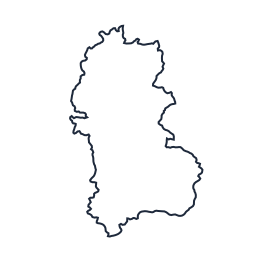 Crisólita, Minas Gerais, Brazil, rotated 75°
{"feature_id": "56859067B35092176760180", "entity_name": "Crisólita", "entity_type": "district", "adm_level": 2, "iso_a3": "BRA", "parent_name": "Brazil", "parent_adm1": "Minas Gerais", "projection": "mercator", "projection_center": [-40.971, -17.242], "detail": "fine", "context": "isolated", "style": "outline", "palette": "slate", "viewbox_px": 256, "rotation_deg": 75, "n_neighbors": 0, "source": "geoboundaries", "source_scale": "gbopen_adm2", "svg_char_len": 5151}
<svg xmlns="http://www.w3.org/2000/svg" viewBox="0 0 256 256"><g transform="rotate(75 128 128)"><path d="M63.5,75.1L62.2,75.7L61.1,76.9L60.9,79.0L59.0,78.7L58.0,77.1L56.8,76.6L55.0,76.6L53.1,76.7L51.6,76.9L51.5,79.1L52.3,80.5L53.2,81.8L52.4,83.0L52.4,84.4L52.2,85.9L52.0,87.7L51.9,89.5L51.7,91.0L51.1,92.6L50.0,94.1L49.0,96.4L47.5,96.5L46.7,95.4L45.5,94.5L44.3,95.6L44.4,97.0L45.4,98.2L45.8,99.9L46.6,101.0L47.0,103.0L46.6,105.1L46.0,107.7L44.9,109.8L43.6,108.9L42.7,107.8L41.2,107.7L40.0,108.9L38.6,109.3L36.6,108.9L35.0,107.9L32.9,107.7L31.6,107.6L30.0,107.2L28.0,106.3L27.8,107.8L28.2,109.4L28.8,110.7L30.0,111.6L32.0,111.9L31.8,113.4L30.3,114.4L28.2,114.7L27.9,116.3L28.6,117.8L29.2,119.7L30.7,121.0L31.9,121.6L32.3,123.3L31.5,125.2L29.3,126.5L28.1,127.7L28.0,129.2L28.5,130.6L29.5,131.4L30.8,131.2L32.0,130.1L33.5,129.5L35.4,128.9L37.1,129.3L38.2,130.6L38.4,131.9L39.0,133.4L38.9,135.1L39.4,136.5L39.6,138.2L40.6,139.7L41.0,141.0L41.8,142.2L41.5,143.5L40.0,144.4L40.7,146.3L42.2,147.2L43.6,148.4L45.0,149.7L46.3,150.7L48.1,150.8L49.6,149.6L50.9,150.1L51.7,151.8L51.5,154.1L51.9,155.6L53.1,156.9L55.2,157.4L56.8,157.6L58.7,157.6L60.5,157.2L62.1,156.0L63.7,155.8L65.2,156.5L65.0,158.4L65.9,160.4L67.9,160.9L69.1,162.0L70.4,162.4L71.7,162.6L72.2,163.9L73.2,165.5L74.1,167.3L75.2,168.3L76.4,168.8L76.8,170.2L77.7,171.5L79.3,172.2L80.9,172.9L82.0,173.6L83.9,174.4L85.7,175.2L87.2,176.0L88.9,175.4L90.2,175.4L91.8,175.3L93.2,174.0L95.1,173.8L96.1,174.6L97.7,174.9L99.1,173.3L99.3,171.3L100.7,170.4L101.1,168.8L101.5,167.3L102.6,165.6L103.9,165.1L105.5,165.8L107.1,164.7L107.3,167.5L106.2,169.1L105.8,171.1L104.7,173.4L104.0,175.2L104.5,177.7L103.1,178.7L101.9,179.3L102.6,181.0L104.0,181.5L105.4,181.1L106.5,180.2L108.3,180.3L109.4,179.7L109.8,178.4L110.6,177.4L112.1,178.0L113.4,179.2L115.3,180.3L116.8,181.4L118.4,182.0L119.5,181.3L119.3,179.5L118.3,177.6L118.5,175.7L120.0,175.2L121.2,175.0L122.3,173.3L123.6,171.9L124.2,170.2L124.1,167.7L125.7,167.2L126.7,168.2L128.1,168.8L130.3,169.1L131.8,169.4L133.6,168.6L135.9,167.6L137.7,167.9L138.9,169.2L140.3,168.1L142.5,167.8L143.8,169.0L145.1,169.3L146.6,169.2L148.1,169.3L149.7,169.7L151.7,170.1L154.3,170.1L155.8,169.7L157.3,169.8L158.6,169.9L160.0,169.8L161.5,170.6L163.2,171.5L164.7,172.6L165.7,173.6L166.3,174.7L167.2,176.3L168.6,178.1L170.0,178.0L171.2,176.3L171.6,174.6L172.6,172.9L174.4,173.5L175.8,174.1L177.2,174.0L178.7,173.2L180.1,172.4L181.5,173.2L182.0,175.0L182.1,176.5L182.8,177.8L184.5,178.2L186.1,179.1L186.1,180.7L185.6,182.4L186.3,183.9L187.9,183.5L190.0,183.2L191.2,184.9L192.0,186.0L193.6,186.7L195.0,185.4L196.5,184.7L197.4,186.2L197.6,187.8L198.4,189.1L200.1,188.9L201.3,187.2L202.7,185.9L204.8,185.4L205.9,183.5L206.1,181.7L206.9,180.3L208.6,181.2L209.8,182.2L211.3,182.7L212.1,181.8L212.9,179.9L213.9,178.2L215.2,176.8L217.2,175.9L218.8,175.7L220.1,175.9L221.8,176.2L223.4,175.3L224.6,174.1L225.9,174.5L227.3,175.4L228.1,173.7L228.0,171.8L228.2,170.1L228.2,167.7L227.9,165.3L227.3,163.5L226.3,161.7L225.2,160.8L224.0,160.8L222.6,161.4L221.2,161.6L219.3,161.4L218.8,159.6L220.1,158.4L220.4,156.1L219.1,154.5L218.0,153.0L216.7,152.6L215.1,152.1L215.6,150.9L216.8,149.7L216.8,147.7L216.3,146.2L216.7,145.0L218.0,143.5L217.8,141.9L216.3,141.5L214.8,141.0L213.5,139.7L212.5,138.1L212.3,136.4L212.5,134.7L212.7,133.2L213.4,131.3L214.3,129.6L215.0,128.0L215.7,126.5L215.7,125.1L215.2,123.8L215.2,122.1L215.9,120.5L216.5,118.8L217.2,116.8L218.0,114.4L219.3,112.8L220.4,111.9L221.4,111.2L222.4,110.4L223.3,108.7L223.4,106.7L223.7,104.8L224.8,103.3L225.9,101.8L226.4,100.3L226.6,98.6L226.2,96.8L225.4,95.3L224.0,93.7L223.3,92.2L222.7,90.6L221.5,89.5L221.2,88.2L220.8,86.9L220.2,85.4L218.8,84.1L216.8,83.5L215.3,83.0L214.0,82.0L212.5,80.5L210.2,79.8L208.2,79.8L206.6,80.2L205.0,80.0L203.5,80.5L202.0,80.3L200.4,79.7L198.7,78.2L197.8,76.4L197.3,74.5L196.7,72.6L195.6,71.3L194.0,71.8L192.6,72.6L191.4,71.5L191.0,69.6L190.2,68.1L188.8,67.4L187.6,66.9L186.1,67.5L184.8,68.6L183.8,69.5L182.8,68.6L181.2,67.7L180.2,69.0L179.7,70.2L178.2,71.1L176.7,70.0L174.8,70.0L173.5,71.1L172.2,72.1L170.6,72.4L169.1,73.4L168.1,74.8L167.1,75.6L166.3,76.6L165.3,78.2L163.9,79.9L161.9,80.9L160.1,82.2L159.6,83.7L159.4,85.2L159.0,87.0L158.1,88.8L157.8,90.4L158.0,92.3L157.0,93.9L156.6,95.6L155.2,96.3L153.4,95.1L151.5,94.2L149.7,93.7L148.2,93.1L149.6,91.6L149.3,90.1L150.2,88.5L151.1,86.8L149.4,86.3L147.9,85.9L146.1,86.0L145.0,87.0L143.4,88.4L141.8,89.3L140.5,90.6L139.5,92.3L138.2,93.6L136.3,94.3L134.5,94.4L133.4,95.9L131.7,97.2L130.2,96.9L129.2,95.4L128.1,93.6L126.4,92.8L124.6,92.3L123.2,90.9L122.4,89.3L120.8,89.0L120.2,87.6L118.8,87.0L118.3,85.6L117.9,84.0L117.1,82.4L116.5,81.0L116.4,79.1L116.6,77.8L116.6,76.0L114.9,75.7L113.6,75.9L111.6,75.9L110.2,76.3L108.9,77.0L107.4,77.3L105.7,76.6L104.4,77.2L104.7,78.9L104.6,81.0L103.2,82.4L101.6,83.2L100.0,83.6L98.3,83.6L97.4,84.7L97.3,86.4L96.9,88.3L96.0,89.7L94.7,91.1L93.5,92.9L91.8,92.3L90.7,91.1L89.7,89.8L88.6,88.6L87.0,87.5L85.2,87.0L84.2,85.4L83.2,83.6L82.8,81.7L81.9,80.9L81.1,79.7L79.8,78.5L77.8,78.8L76.4,77.7L75.1,76.5L73.9,77.0L72.4,77.8L70.5,77.4L69.1,77.1L67.0,76.4L65.4,75.3L63.5,75.1Z" fill="none" stroke="#1e293b" stroke-width="2"/></g></svg>